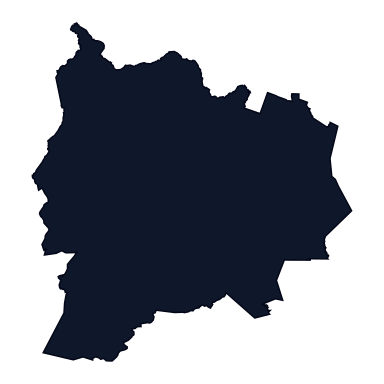 the district of Taupo District, Waikato, New Zealand
{"feature_id": "76426892B49452595685205", "entity_name": "Taupo District", "entity_type": "district", "adm_level": 2, "iso_a3": "NZL", "parent_name": "New Zealand", "parent_adm1": "Waikato", "projection": "natural_earth1", "projection_center": [175.983, -38.801], "detail": "fine", "context": "isolated", "style": "filled", "palette": "ink", "viewbox_px": 384, "rotation_deg": 0, "n_neighbors": 0, "source": "geoboundaries", "source_scale": "gbopen_adm2", "svg_char_len": 5710}
<svg xmlns="http://www.w3.org/2000/svg" viewBox="0 0 384 384"><path d="M55.9,77.4L61.4,104.2L61.2,105.6L62.1,107.7L64.3,108.1L64.0,109.9L64.3,112.2L63.5,112.7L63.8,114.0L63.7,115.9L63.2,117.2L63.1,121.4L62.2,122.6L62.1,124.4L60.2,126.5L58.3,130.3L54.4,135.7L52.3,136.9L51.6,137.8L50.5,138.3L49.5,139.8L48.5,140.1L47.8,141.1L48.7,142.0L48.3,143.1L48.6,144.5L48.1,145.5L48.6,146.3L48.2,147.9L47.7,148.7L47.8,149.4L48.2,149.3L48.6,150.1L49.2,150.4L48.8,151.9L47.1,154.8L45.7,156.1L44.9,156.5L44.4,158.4L43.0,160.4L43.0,161.1L36.6,169.8L35.3,172.8L33.7,173.6L33.6,175.0L32.4,175.2L32.4,176.8L32.8,178.0L34.6,179.5L34.8,181.7L35.6,183.4L36.9,183.9L37.5,184.8L38.6,190.2L41.8,188.2L42.4,188.5L44.6,193.1L47.6,197.3L48.3,199.7L48.2,202.3L46.3,203.0L44.0,204.9L43.7,206.5L39.9,212.1L39.5,213.7L40.7,216.4L42.3,217.9L43.8,220.3L44.0,223.1L48.3,227.8L49.0,229.3L49.1,229.8L48.0,231.9L46.4,233.7L45.3,235.8L45.0,238.7L42.0,244.5L43.9,250.2L45.7,248.9L46.2,249.4L45.0,250.2L45.2,251.8L44.4,255.0L56.2,253.3L61.8,250.7L65.7,252.8L76.7,252.6L74.1,256.4L67.5,264.3L67.5,268.9L65.6,272.9L64.2,274.8L63.0,276.0L63.1,274.9L59.5,275.8L58.2,276.6L58.6,278.1L59.5,279.0L61.2,279.7L60.9,281.0L60.3,281.1L60.1,282.5L59.2,284.8L59.6,287.4L60.5,288.9L61.1,289.0L61.6,288.5L62.5,289.1L63.0,289.0L63.3,289.5L64.1,289.4L64.7,289.9L65.3,292.4L65.9,292.1L66.9,293.3L67.5,293.3L67.1,294.2L66.1,294.7L64.6,303.1L64.0,313.0L43.2,352.7L73.3,359.8L83.0,356.9L92.7,360.0L92.7,358.4L95.7,356.8L99.3,358.0L100.5,359.2L103.3,358.6L104.3,358.9L106.2,360.8L112.1,361.0L116.4,357.1L117.7,355.2L118.4,353.0L120.2,351.0L125.6,349.5L127.1,348.4L127.3,347.0L124.0,344.6L123.5,342.1L124.5,342.1L128.3,340.3L131.8,337.0L132.0,336.2L133.7,335.0L134.0,334.3L133.8,331.7L132.5,330.9L131.9,329.0L135.3,328.4L136.6,327.0L138.6,326.6L141.0,326.6L140.8,324.0L141.5,323.6L147.9,322.6L149.2,323.0L150.7,322.6L151.8,321.7L153.2,320.1L154.0,317.1L153.0,314.4L153.0,313.4L155.1,312.8L156.2,310.2L174.7,312.5L183.7,312.2L184.0,312.6L184.6,312.6L188.7,311.7L190.5,310.6L193.0,310.8L194.2,309.2L195.4,308.5L199.1,307.8L199.5,306.7L200.6,306.4L201.0,305.6L202.4,304.9L204.6,306.2L206.7,305.5L208.1,306.9L210.4,308.1L212.7,304.6L212.1,303.2L212.7,302.2L213.8,302.3L215.8,301.2L216.1,300.5L218.9,299.7L219.0,299.3L220.0,299.1L222.6,296.8L223.8,296.9L224.0,296.1L224.5,296.1L225.4,294.8L225.8,292.5L254.8,318.0L269.6,314.2L268.9,313.5L268.4,312.2L270.1,310.5L268.2,310.6L267.9,309.6L267.2,309.0L267.2,308.3L268.0,307.5L267.4,307.1L267.5,305.8L266.1,304.8L265.5,305.2L265.0,306.2L264.4,304.7L263.8,304.4L262.9,304.7L262.7,304.3L263.4,303.7L275.5,298.8L282.7,300.3L276.4,280.4L284.3,260.0L310.8,260.1L309.8,259.6L309.5,259.1L309.1,259.2L309.1,258.7L327.9,258.9L327.3,258.1L328.6,255.8L328.3,255.1L327.6,255.2L326.7,254.6L326.5,254.3L326.9,254.0L326.6,253.7L326.8,252.9L325.6,252.5L325.9,251.6L325.1,251.3L325.4,250.1L324.8,249.1L325.7,248.2L325.8,247.6L325.0,247.1L325.1,246.6L324.6,246.5L324.2,245.7L324.6,245.2L324.3,245.1L324.5,244.7L324.2,243.8L324.6,241.4L324.3,239.6L324.9,237.7L324.7,237.5L325.0,237.2L324.7,236.9L351.6,210.8L338.3,186.1L335.3,179.4L331.8,176.4L330.0,158.5L337.8,126.2L330.2,122.4L330.0,123.4L328.7,125.1L328.6,126.6L327.2,126.7L326.9,127.1L312.4,117.7L312.7,116.7L310.4,113.3L310.7,112.9L309.3,110.7L310.0,108.8L308.2,108.1L306.3,105.3L307.4,102.3L299.1,99.3L298.8,98.2L298.9,94.0L291.9,93.8L291.5,96.1L292.2,99.9L291.9,101.6L289.8,100.8L287.4,101.0L286.1,99.7L277.7,96.7L275.9,95.7L267.6,92.6L260.1,113.6L244.7,108.3L244.1,107.6L245.2,106.3L243.7,103.0L245.2,102.6L244.8,101.9L247.2,99.5L247.1,98.1L249.1,94.8L249.0,93.1L250.4,92.8L249.8,91.1L249.3,91.1L248.5,91.9L248.2,89.9L246.6,89.6L246.4,87.7L244.6,85.4L243.7,86.7L243.1,86.5L242.7,85.4L240.5,85.6L237.8,86.6L235.9,90.1L234.9,91.0L234.5,92.1L233.3,91.6L231.8,93.2L229.5,93.2L228.6,93.9L227.9,95.1L225.6,96.5L224.9,97.9L224.3,97.9L223.3,96.8L220.6,97.1L219.5,97.3L217.8,98.7L216.2,97.0L214.9,96.2L212.1,96.9L211.0,96.5L210.4,94.6L209.5,93.4L208.9,91.7L209.5,89.7L206.2,87.5L204.7,88.0L204.5,87.1L202.9,86.1L202.1,82.2L202.1,80.3L202.6,78.9L202.5,78.0L201.5,77.4L201.1,76.4L201.4,73.8L200.8,71.9L200.1,70.7L200.5,70.3L200.5,69.7L198.5,67.6L198.0,65.3L195.0,61.0L193.0,60.3L191.5,61.1L189.0,60.7L187.8,60.0L186.6,58.8L185.3,59.4L182.7,59.2L181.4,58.4L181.3,56.9L180.0,55.3L179.5,55.5L178.8,54.3L177.2,53.0L174.3,51.5L169.1,51.9L169.3,53.0L168.5,52.8L167.8,53.6L166.5,54.0L163.4,57.2L162.2,57.4L160.6,58.6L161.0,59.6L160.7,60.3L158.7,60.4L158.2,60.1L156.9,61.4L155.9,61.4L155.4,61.9L152.1,62.9L151.4,63.8L146.6,63.6L144.1,62.7L139.8,63.8L136.7,65.4L135.6,65.5L134.6,66.6L130.2,65.1L126.5,65.6L125.6,65.2L124.3,66.6L123.6,68.0L123.2,67.9L120.6,69.6L116.4,69.9L114.0,68.7L113.8,67.3L113.0,66.8L113.3,65.9L112.9,65.3L111.7,64.7L111.0,63.8L111.5,62.9L110.3,62.0L109.9,62.4L109.1,61.9L105.0,58.7L102.7,58.0L102.1,56.2L101.4,55.9L100.9,55.1L100.2,55.0L100.3,53.8L100.9,52.7L104.0,48.5L104.2,45.5L103.3,43.6L101.9,42.4L99.5,41.3L97.5,40.8L94.7,40.6L94.1,40.4L94.0,39.5L91.8,39.3L91.7,37.8L91.0,36.4L88.0,33.7L87.8,32.7L86.0,30.2L79.0,26.2L78.7,25.1L78.0,24.9L76.8,23.1L76.4,23.0L75.3,23.8L74.4,23.9L74.6,24.7L73.9,25.4L73.0,25.2L72.7,26.2L72.0,26.1L70.6,29.3L70.8,29.9L71.9,30.3L72.5,31.1L75.3,32.1L75.6,33.2L77.4,33.8L78.3,33.7L78.4,35.2L77.7,35.7L77.8,36.8L78.9,37.7L79.4,38.7L78.5,40.4L79.0,41.0L78.6,43.7L79.5,44.3L79.7,44.9L80.5,45.0L80.4,45.8L80.8,45.9L80.0,47.0L81.1,49.4L80.2,50.3L78.2,50.4L77.8,51.4L77.3,51.3L76.9,51.7L76.2,52.7L75.8,55.6L74.7,56.4L73.9,58.2L72.2,59.2L70.4,59.1L68.7,59.7L67.5,61.1L67.6,62.7L67.1,64.0L65.3,65.5L64.2,65.9L62.7,65.6L60.6,67.0L58.9,70.5L57.3,70.8L57.5,71.0L57.1,71.9L57.4,72.7L57.7,73.1L58.5,73.0L55.9,77.4Z" fill="#0f172a" stroke="#020617" stroke-width="1.5"/></svg>